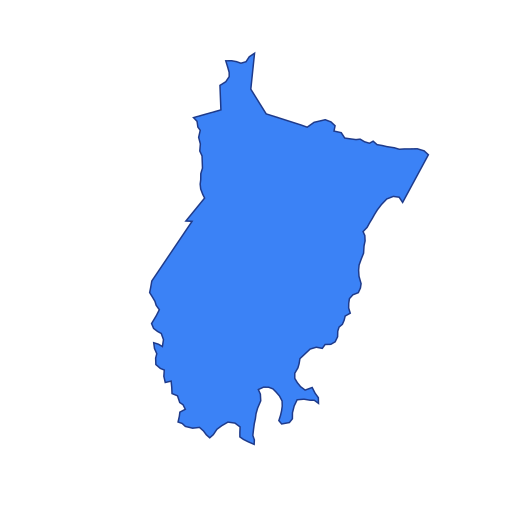 outline of Xaxim, Santa Catarina, Brazil, rotated 34°
{"feature_id": "56859067B50522823079629", "entity_name": "Xaxim", "entity_type": "district", "adm_level": 2, "iso_a3": "BRA", "parent_name": "Brazil", "parent_adm1": "Santa Catarina", "projection": "orthographic", "projection_center": [-52.514, -26.975], "detail": "fine", "context": "isolated", "style": "filled", "palette": "blue", "viewbox_px": 512, "rotation_deg": 34, "n_neighbors": 0, "source": "geoboundaries", "source_scale": "gbopen_adm2", "svg_char_len": 2496}
<svg xmlns="http://www.w3.org/2000/svg" viewBox="0 0 512 512"><g transform="rotate(34 256 256)"><path d="M367.4,287.4L369.6,282.9L368.8,277.3L365.8,272.6L364.6,268.5L365.8,264.3L365.0,260.0L363.5,255.9L366.1,250.7L361.9,247.3L359.3,243.3L357.3,239.1L358.0,234.0L361.3,229.2L360.5,224.2L358.6,220.2L352.7,215.2L349.0,210.4L346.5,205.8L345.0,199.9L343.6,193.5L339.9,187.2L338.0,182.5L334.8,178.2L331.1,175.9L332.1,170.1L331.6,164.6L331.4,159.9L331.0,155.4L330.8,149.8L331.2,143.2L332.5,135.6L336.5,129.8L341.8,127.2L347.6,129.6L342.3,75.7L336.6,74.8L329.8,76.9L324.4,80.7L319.1,84.3L315.1,87.4L310.2,88.9L303.2,92.2L298.9,93.8L294.1,96.0L288.9,95.3L287.0,99.1L282.1,100.6L277.0,100.9L273.8,103.6L269.0,106.0L263.6,108.6L257.7,106.1L250.8,108.8L248.7,103.8L243.2,102.9L237.2,104.3L229.4,112.7L226.4,120.6L220.1,122.2L207.1,126.0L198.5,128.5L185.0,132.5L173.3,127.3L158.4,120.6L141.4,88.7L139.0,94.6L139.1,100.5L135.7,104.6L131.1,105.8L126.5,107.8L121.8,111.1L127.1,115.4L131.1,118.8L133.5,122.3L133.5,128.4L130.7,134.7L145.2,154.5L126.8,176.2L131.8,177.3L135.7,181.6L139.5,183.0L142.1,189.7L147.2,194.2L150.7,200.4L155.3,203.2L159.3,208.7L162.5,213.1L164.2,218.6L167.6,223.8L169.5,227.6L172.7,231.4L177.4,234.7L181.0,236.7L178.3,266.2L183.6,263.0L183.6,335.0L186.2,340.8L188.3,345.8L193.0,347.9L197.6,350.1L200.8,352.7L205.9,354.6L206.7,361.1L207.2,370.4L211.6,373.3L216.5,373.6L220.8,373.2L226.1,377.1L229.0,383.4L224.4,383.7L219.7,385.1L223.5,389.4L228.4,392.5L229.9,396.8L233.7,402.0L239.6,402.7L243.7,401.8L246.9,407.3L251.5,411.6L255.6,407.2L259.6,412.0L263.3,417.0L269.1,415.8L274.7,420.1L278.7,420.1L283.1,422.6L280.2,428.0L282.1,431.8L284.2,437.2L288.5,436.1L292.7,436.8L299.7,434.2L305.0,429.7L310.3,430.4L314.8,432.0L319.3,432.6L320.5,428.0L320.5,421.5L322.5,415.8L325.6,409.4L332.0,406.3L338.4,406.6L341.3,411.3L343.8,415.0L348.0,415.1L353.4,414.4L359.8,413.2L357.5,409.4L353.7,406.5L351.1,401.5L348.4,396.1L346.5,391.3L344.2,386.7L342.4,381.2L340.9,373.4L336.9,368.1L332.6,365.4L335.6,360.5L339.9,357.7L344.3,356.7L348.4,357.5L353.7,358.9L358.7,361.6L361.7,365.8L363.8,370.1L365.5,374.6L367.0,379.7L371.2,380.9L376.8,375.4L377.2,370.6L373.9,365.6L371.5,359.0L370.5,352.2L375.8,347.9L381.5,345.3L385.0,343.0L390.2,343.2L386.9,338.6L381.7,336.7L376.1,333.6L371.7,339.7L366.0,339.4L361.1,337.9L356.6,335.8L353.7,331.5L353.3,325.3L352.0,321.3L349.8,316.5L351.3,310.0L352.9,302.9L357.0,297.9L362.6,295.5L362.8,290.7L367.4,287.4Z" fill="#3b82f6" stroke="#1e3a8a" stroke-width="1.5"/></g></svg>